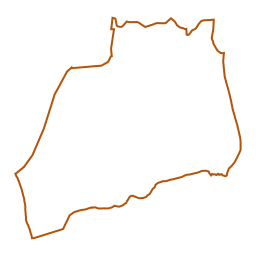 Bayt Al Faqih, Al Hudaydah, Yemen (Equal Earth projection)
{"feature_id": "15242507B83737515314147", "entity_name": "Bayt Al Faqih", "entity_type": "district", "adm_level": 2, "iso_a3": "YEM", "parent_name": "Yemen", "parent_adm1": "Al Hudaydah", "projection": "equal_earth", "projection_center": [43.296, 14.46], "detail": "fine", "context": "isolated", "style": "outline", "palette": "amber", "viewbox_px": 256, "rotation_deg": 0, "n_neighbors": 0, "source": "geoboundaries", "source_scale": "gbopen_adm2", "svg_char_len": 4313}
<svg xmlns="http://www.w3.org/2000/svg" viewBox="0 0 256 256"><path d="M15.4,173.6L16.3,176.2L17.3,177.5L18.1,179.7L18.8,181.1L19.5,183.2L20.6,186.4L20.9,187.4L21.7,189.5L22.5,192.5L23.0,194.8L24.2,198.9L24.3,200.9L25.0,204.0L25.4,206.8L25.2,208.4L25.6,212.9L25.7,215.1L26.0,217.1L25.9,218.8L26.0,220.2L26.6,221.9L27.2,223.5L28.3,225.6L29.1,228.0L29.7,229.3L30.1,230.9L30.8,233.5L31.2,234.4L31.4,235.4L31.7,236.1L31.8,236.9L32.0,238.2L33.0,238.1L34.1,238.1L34.6,237.9L35.6,237.6L37.9,236.9L38.8,236.6L40.0,236.2L41.8,235.7L42.8,235.3L43.0,235.3L44.1,235.0L46.5,234.2L47.3,233.9L50.7,232.9L51.0,232.8L53.1,232.1L58.4,230.5L61.2,229.6L63.2,228.9L65.4,224.1L66.0,223.0L69.6,215.4L74.2,212.1L76.5,211.4L80.4,210.2L86.1,209.3L86.4,209.1L88.4,208.4L89.7,208.0L91.9,207.4L92.0,207.7L94.7,207.4L95.1,207.3L96.2,207.7L96.7,207.9L98.5,208.5L103.6,208.4L105.8,208.4L108.5,208.4L111.8,207.4L112.0,207.3L112.4,207.2L113.9,206.1L114.3,205.8L115.1,206.0L118.0,206.5L119.0,206.7L121.5,205.8L122.1,205.6L123.0,205.3L123.3,204.8L126.2,202.9L127.0,201.1L128.0,199.7L129.7,196.8L130.5,196.2L131.7,195.8L133.2,195.8L133.8,196.2L135.6,196.9L137.9,197.8L139.2,198.2L140.0,198.3L143.5,197.9L146.4,196.8L147.5,195.3L148.6,194.7L149.8,193.9L152.7,188.9L153.2,188.5L154.0,187.9L154.8,187.0L155.6,184.7L156.7,183.9L156.8,183.8L157.7,183.1L157.8,183.0L161.6,181.7L162.7,181.3L162.8,181.2L164.7,181.2L166.1,181.1L167.6,180.6L169.7,179.9L171.8,179.5L173.7,179.1L175.1,178.7L175.3,178.7L177.0,178.2L177.4,178.1L181.9,177.0L182.5,176.7L184.9,175.4L187.6,174.6L188.9,174.7L191.0,174.2L192.4,173.8L193.9,173.5L195.8,173.0L196.0,173.0L197.6,172.6L198.4,172.4L201.7,171.0L203.6,170.8L205.8,170.7L208.7,171.5L209.4,173.3L209.5,173.4L211.0,175.3L211.3,174.8L211.6,174.3L212.1,174.0L212.5,174.3L212.8,174.5L213.2,174.6L213.6,174.4L214.3,174.3L214.9,174.3L215.3,174.5L215.7,174.8L216.3,175.0L216.7,174.9L217.0,174.6L217.6,174.0L218.3,173.8L218.5,173.9L218.8,174.5L219.3,174.9L219.8,174.8L220.1,174.6L220.6,174.3L221.2,174.2L221.7,174.2L222.0,174.7L222.3,175.2L222.9,175.5L223.5,175.5L224.3,175.8L225.0,176.1L225.8,176.1L226.1,175.9L226.6,175.4L226.9,175.1L226.9,174.5L227.0,173.7L228.1,170.5L229.0,168.4L231.1,166.5L233.1,164.2L234.3,162.7L236.1,159.5L238.3,155.1L240.6,150.0L240.6,148.3L240.6,142.3L240.3,138.7L240.1,137.4L237.3,125.3L234.8,116.7L234.3,114.9L232.6,108.8L232.4,107.6L231.8,104.7L231.7,104.3L231.4,102.7L231.1,101.0L229.5,94.2L227.1,85.2L226.7,84.0L225.9,81.1L225.1,78.1L224.6,75.9L224.3,72.6L223.6,65.9L223.6,65.4L223.2,61.7L223.6,56.4L223.6,55.7L223.9,53.0L222.7,53.2L220.9,53.1L220.3,52.7L219.5,52.1L218.8,51.7L217.4,50.5L217.2,50.2L216.5,49.0L216.5,48.9L215.9,48.0L214.7,45.9L214.1,44.8L213.9,44.4L213.2,43.1L213.2,41.9L213.2,41.6L212.2,39.8L211.7,38.2L212.2,35.3L213.2,30.0L213.5,25.6L213.7,21.5L213.7,20.0L213.7,19.6L210.2,20.0L203.6,20.3L201.2,21.1L198.6,24.1L195.8,28.6L192.1,30.4L190.2,33.1L188.4,34.9L187.4,35.0L186.6,34.5L186.6,33.3L186.3,28.9L185.8,29.0L185.0,29.1L182.9,28.1L180.7,27.6L180.0,27.5L177.1,25.3L174.8,21.6L172.8,19.8L172.7,19.7L171.0,18.3L169.8,19.3L168.3,20.7L165.8,23.0L165.7,23.0L163.5,23.3L163.2,23.3L162.0,23.2L161.7,23.2L160.3,23.2L160.2,23.2L156.6,23.1L154.4,23.9L151.8,24.9L150.7,25.2L150.6,25.3L149.7,25.6L147.9,26.1L145.2,27.0L145.1,26.9L142.5,25.2L142.4,25.2L139.0,22.8L137.0,22.0L132.9,22.1L129.6,22.2L129.3,22.2L127.4,21.7L127.1,21.6L126.7,21.5L122.9,25.9L121.6,26.8L120.2,26.8L118.6,26.6L117.8,26.4L117.5,26.3L117.2,26.1L116.9,25.7L116.7,25.3L116.5,24.1L116.0,21.7L115.4,18.6L112.5,17.8L111.9,23.6L111.6,26.2L111.2,29.2L114.0,29.2L114.0,29.5L113.6,31.5L113.4,33.4L112.7,37.7L112.3,40.5L112.2,41.2L111.9,43.3L111.5,45.9L111.1,48.1L111.1,48.5L111.1,49.1L111.2,49.9L111.4,52.6L111.8,56.2L110.8,56.4L108.2,61.8L106.4,62.9L102.9,64.8L101.4,65.7L100.5,65.7L100.2,65.8L97.0,66.0L78.6,67.6L71.3,68.2L71.3,67.8L71.2,67.9L71.1,68.0L70.8,68.3L69.1,69.8L67.2,71.4L67.1,71.5L61.9,81.1L57.0,90.2L56.1,91.7L54.6,94.5L50.7,107.0L49.9,109.4L49.6,110.4L48.6,113.6L46.2,121.2L44.4,126.9L43.9,128.4L43.8,128.6L42.4,132.1L41.6,133.9L41.0,135.2L37.5,143.5L36.1,146.7L32.5,155.1L31.3,156.8L29.7,159.0L25.5,164.9L24.0,167.0L23.9,167.1L23.0,167.4L22.9,167.6L22.9,167.8L22.8,168.0L22.2,168.5L21.1,169.3L20.8,169.5L17.8,171.9L17.3,172.4L16.6,172.9L16.2,173.2L15.4,173.6Z" fill="none" stroke="#b45309" stroke-width="2"/></svg>